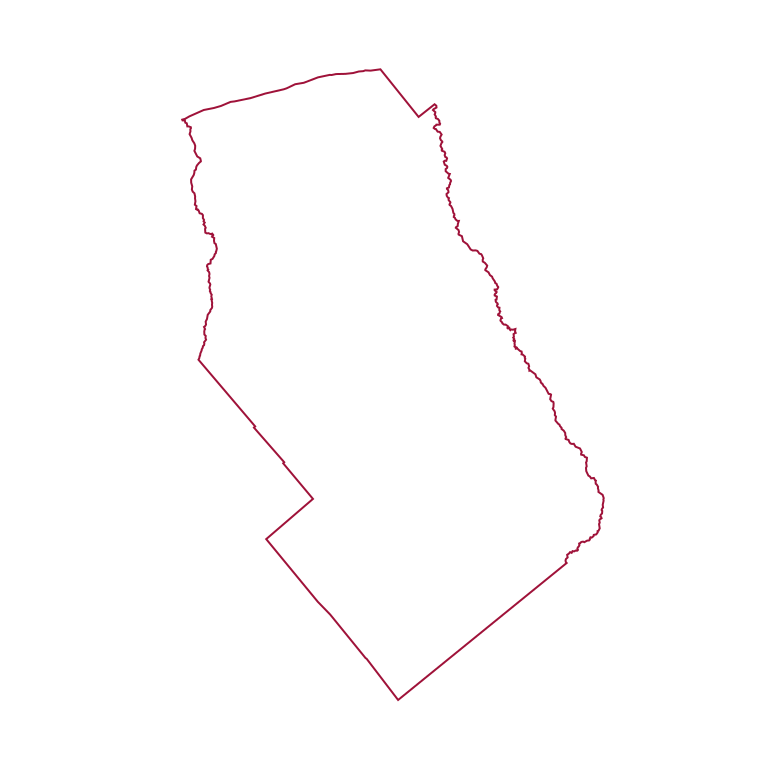 Lobería, Buenos Aires, Argentina, rotated 187°
{"feature_id": "61730980B76511587081285", "entity_name": "Lobería", "entity_type": "district", "adm_level": 2, "iso_a3": "ARG", "parent_name": "Argentina", "parent_adm1": "Buenos Aires", "projection": "mercator", "projection_center": [-58.449, -38.07], "detail": "fine", "context": "isolated", "style": "outline", "palette": "rose", "viewbox_px": 768, "rotation_deg": 187, "n_neighbors": 0, "source": "geoboundaries", "source_scale": "gbopen_adm2", "svg_char_len": 6165}
<svg xmlns="http://www.w3.org/2000/svg" viewBox="0 0 768 768"><g transform="rotate(187 384 384)"><path d="M425.9,695.9L435.5,693.4L440.8,693.0L442.7,692.0L447.1,691.1L452.5,688.9L460.2,687.1L469.3,685.8L473.7,684.3L475.5,684.2L486.9,680.3L500.3,673.2L508.7,670.7L516.7,665.6L519.4,664.3L537.3,657.8L551.1,651.6L566.7,646.3L570.7,645.3L579.7,640.1L586.5,637.2L596.3,634.0L609.8,625.9L613.8,622.9L616.5,621.8L616.1,621.1L613.8,621.4L613.1,619.2L611.5,618.7L610.6,615.7L609.3,615.9L607.0,615.3L606.8,614.3L607.3,613.3L606.9,611.1L607.4,608.3L605.0,604.9L603.9,602.5L601.6,599.8L600.4,597.4L600.2,594.4L600.6,592.3L597.1,587.1L593.9,585.6L593.0,583.2L592.9,582.6L594.5,580.9L596.3,578.1L596.8,576.5L596.8,573.9L598.1,572.7L598.0,570.4L598.3,568.3L600.4,563.6L599.9,560.3L598.4,556.8L598.4,553.6L597.3,551.6L595.4,550.2L594.3,547.1L594.2,545.3L593.4,542.4L593.6,538.9L591.8,537.8L591.9,534.7L590.2,534.0L590.0,534.4L589.1,533.6L587.8,531.0L585.5,530.7L584.3,529.5L584.0,526.6L582.6,524.9L582.9,523.4L581.6,522.4L582.6,520.3L581.3,519.4L580.0,517.3L580.5,516.2L579.8,512.5L578.2,511.9L576.6,512.3L575.0,511.8L573.3,511.8L572.9,512.3L572.0,511.5L572.5,511.0L571.8,510.6L572.6,509.2L570.3,508.2L570.2,505.4L569.4,503.1L568.0,502.4L566.4,497.9L566.7,495.3L567.0,494.7L566.8,493.6L567.9,492.0L568.0,490.4L569.5,487.2L571.1,486.2L570.9,482.5L573.1,481.6L574.0,480.4L574.0,479.0L573.3,478.3L572.9,476.5L572.4,476.1L572.9,475.2L571.2,473.7L570.6,471.9L570.8,469.9L570.1,468.1L570.6,464.1L568.9,462.5L568.5,461.5L569.0,458.7L568.8,457.7L568.0,456.3L568.2,455.0L567.9,454.4L567.4,454.2L567.0,452.8L565.9,451.7L566.1,449.9L565.4,448.2L565.8,447.3L565.0,447.0L565.2,445.8L564.4,443.6L564.4,441.7L563.9,439.7L564.1,438.4L565.4,436.2L565.3,434.8L567.4,431.2L567.6,427.0L568.6,424.2L567.9,421.3L568.5,419.8L569.6,418.7L568.3,416.7L568.7,416.0L568.8,414.2L568.3,411.2L566.8,410.0L566.8,407.9L566.0,406.3L567.7,403.5L567.3,402.5L567.3,400.7L568.3,399.5L568.4,397.8L569.1,396.2L569.1,395.0L570.0,391.9L570.0,389.6L570.4,389.2L570.5,387.1L571.1,385.5L506.7,326.2L507.8,324.9L473.5,294.2L474.4,293.0L440.5,261.3L482.0,215.7L423.2,159.8L409.3,148.6L368.9,109.7L367.8,109.2L331.5,72.1L180.9,228.6L181.9,229.5L182.3,231.1L182.1,232.4L180.6,234.2L181.4,236.8L179.8,238.2L178.8,239.8L177.2,239.3L176.5,241.1L174.9,241.0L173.4,242.1L172.1,242.0L171.4,242.6L171.3,243.1L172.0,243.9L171.7,245.5L171.1,246.1L170.4,247.7L170.9,249.4L170.7,249.7L169.8,249.9L169.3,250.9L168.3,251.5L167.1,251.8L165.9,251.4L163.3,253.3L161.4,253.7L160.7,254.7L160.9,255.6L160.4,257.0L159.2,256.8L157.5,258.5L157.4,259.8L155.0,260.6L153.8,262.8L154.1,264.0L153.2,264.5L152.3,267.0L153.5,271.2L153.0,272.6L153.7,275.0L153.3,275.9L151.7,277.2L152.2,278.3L153.2,278.9L153.0,280.4L151.8,282.1L151.9,284.6L152.7,285.5L152.3,287.0L151.5,288.1L152.2,290.7L151.8,294.9L152.2,296.2L152.0,297.5L153.5,300.6L158.0,303.0L158.1,304.6L159.0,306.7L159.0,308.1L160.6,310.1L161.7,310.8L162.1,312.8L161.9,313.9L162.9,314.4L164.2,316.3L166.9,315.6L168.4,317.3L170.0,318.0L172.6,322.1L173.3,325.4L172.8,327.0L173.9,330.8L173.4,331.9L173.6,335.6L175.8,336.1L176.9,337.6L179.7,337.9L179.9,338.8L179.4,340.6L181.6,343.9L186.2,345.1L188.3,347.8L190.1,347.4L191.7,347.7L192.9,348.9L194.0,351.0L197.0,351.5L197.2,352.0L196.7,353.5L197.8,355.2L198.2,357.5L199.9,359.6L202.3,361.0L202.4,362.1L204.3,363.8L204.9,365.1L206.1,365.6L209.2,368.4L209.5,369.0L209.3,372.6L210.7,374.0L210.7,376.1L211.3,377.7L213.5,380.1L213.0,381.7L213.3,385.6L213.8,386.9L215.7,387.4L217.2,389.2L216.9,393.8L217.4,394.2L219.4,394.3L223.3,400.0L225.4,401.5L226.9,403.7L227.5,403.7L228.6,404.7L228.8,405.8L230.0,407.5L233.6,409.2L234.9,412.1L240.6,415.3L241.3,414.9L241.6,416.2L242.6,417.6L242.1,419.3L243.2,421.7L244.9,422.0L247.0,423.7L246.9,426.5L247.5,427.1L247.4,428.4L249.9,430.1L251.1,430.2L251.0,431.6L251.4,433.0L252.9,433.3L256.1,435.5L257.5,435.1L257.7,435.9L257.1,436.5L257.6,436.7L258.0,436.4L259.1,437.1L258.9,438.6L259.4,440.0L259.3,442.5L260.4,442.4L260.8,442.9L260.7,443.5L260.1,443.5L260.1,444.4L261.4,445.8L260.8,446.6L261.5,449.3L260.2,450.4L260.2,451.1L259.7,451.1L260.4,452.4L260.3,454.6L262.6,453.6L264.7,453.6L265.2,452.9L266.0,453.7L266.5,455.2L267.3,455.2L267.9,454.4L268.3,454.7L267.8,455.5L268.1,456.5L270.6,457.8L272.2,457.6L273.9,458.6L274.1,459.4L275.9,460.8L276.2,461.4L275.8,463.3L274.9,463.8L275.5,464.8L279.2,466.4L279.2,467.2L278.0,468.1L277.8,469.8L277.5,470.2L278.6,471.4L278.7,473.8L280.0,473.9L281.4,475.3L281.2,476.5L280.8,476.9L281.1,477.8L282.7,478.9L283.2,479.7L283.5,481.2L282.6,481.6L282.6,484.6L284.9,485.3L285.1,486.0L284.6,487.3L283.9,487.8L283.4,489.0L285.6,490.5L285.7,491.2L283.3,491.7L282.4,493.8L282.5,494.3L283.6,495.3L284.5,497.2L285.9,497.8L286.5,499.3L289.0,502.1L289.8,503.7L292.1,505.0L293.9,507.6L297.3,509.3L297.4,510.1L296.3,512.3L296.0,514.1L298.7,516.6L300.9,517.6L301.2,519.4L300.8,520.8L302.5,523.7L303.3,524.7L305.2,525.0L307.5,527.5L309.3,527.8L312.2,527.3L314.4,528.1L318.4,532.9L322.9,535.3L324.7,540.2L328.1,541.4L328.4,542.0L328.0,544.0L328.8,545.9L331.8,547.8L331.7,548.3L330.1,549.8L330.2,551.9L329.6,555.0L331.0,554.8L333.0,556.1L333.9,557.6L335.1,558.2L335.1,559.4L334.7,560.0L334.9,561.3L336.0,562.3L337.3,566.1L339.1,568.8L340.7,569.7L340.9,570.3L340.2,572.1L340.4,572.7L342.2,574.3L342.4,575.1L342.2,576.4L343.3,576.8L344.7,578.5L345.1,580.2L343.4,582.1L343.5,582.9L344.0,584.3L345.3,585.3L345.4,585.9L343.5,587.0L343.4,589.5L342.8,590.2L342.9,591.6L342.2,593.7L342.8,594.8L345.4,596.4L344.3,600.5L345.6,600.6L348.7,602.7L349.0,604.8L347.7,606.2L347.6,607.3L348.3,608.2L350.4,609.0L351.8,612.1L350.9,613.0L349.4,613.1L348.9,615.7L349.6,616.5L350.8,616.8L351.7,618.6L351.3,620.5L352.2,621.9L355.0,622.6L355.3,623.3L354.8,624.3L357.0,627.2L356.3,630.2L355.6,631.1L355.7,631.8L357.3,633.0L358.3,634.7L358.2,636.2L357.2,638.6L359.4,641.0L361.5,641.0L363.6,643.4L364.7,643.4L365.9,644.2L365.4,645.8L363.8,647.2L363.6,647.8L360.3,648.2L360.0,649.1L360.9,650.4L361.2,652.1L362.8,653.6L364.9,654.1L365.2,654.8L365.1,655.9L366.6,657.8L366.2,658.8L366.2,660.1L368.8,661.9L368.3,662.8L365.6,664.8L366.0,666.6L367.9,667.8L382.2,653.3L425.9,695.9Z" fill="none" stroke="#9f1239" stroke-width="2"/></g></svg>